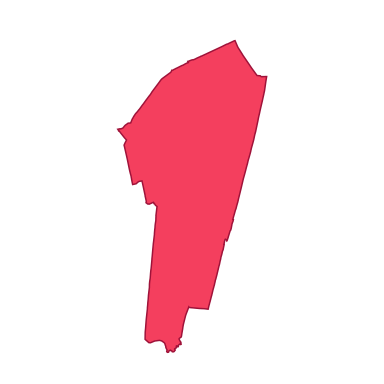 the district of Marsa, Giurgiu, Romania, rotated 136°
{"feature_id": "2599482B58006673270206", "entity_name": "Marsa", "entity_type": "district", "adm_level": 2, "iso_a3": "ROU", "parent_name": "Romania", "parent_adm1": "Giurgiu", "projection": "natural_earth1", "projection_center": [25.561, 44.365], "detail": "fine", "context": "isolated", "style": "filled", "palette": "rose", "viewbox_px": 384, "rotation_deg": 136, "n_neighbors": 0, "source": "geoboundaries", "source_scale": "gbopen_adm2", "svg_char_len": 5823}
<svg xmlns="http://www.w3.org/2000/svg" viewBox="0 0 384 384"><g transform="rotate(136 192 192)"><path d="M201.8,288.7L201.9,287.9L202.2,287.3L202.4,286.8L202.3,286.6L202.0,286.5L202.3,284.0L202.9,277.8L203.0,274.9L206.1,273.8L208.3,272.9L209.3,271.2L213.4,264.4L215.9,260.3L221.5,251.5L223.5,248.1L224.7,245.9L226.2,243.7L226.9,242.7L229.1,239.3L229.5,238.6L226.4,236.7L225.8,236.7L224.2,236.7L222.8,236.4L221.4,235.5L220.3,234.7L223.3,229.8L225.8,225.8L226.3,225.0L226.3,224.9L226.5,224.7L226.8,224.2L227.3,223.4L227.9,222.4L228.7,221.4L228.9,221.0L229.4,220.2L229.9,219.4L230.2,218.9L230.8,217.9L231.5,216.9L232.2,216.5L232.4,216.3L232.5,216.2L232.5,215.8L232.3,215.3L232.3,215.1L232.3,214.4L232.0,213.9L231.6,213.5L231.2,213.1L231.1,212.9L228.8,212.1L227.1,211.5L226.9,211.4L226.9,211.0L227.0,210.8L227.3,210.4L227.4,210.0L227.2,209.9L227.1,209.6L227.5,207.9L227.3,206.4L227.2,205.9L227.8,205.4L229.4,204.1L231.6,202.3L234.3,200.1L234.9,199.4L236.0,198.4L237.2,197.2L238.1,196.4L239.7,195.2L240.1,194.9L241.6,193.7L243.9,191.6L244.5,191.2L247.7,188.4L248.6,187.5L251.4,185.2L254.1,183.0L255.6,181.8L258.6,179.2L260.7,177.4L265.4,173.3L267.3,171.7L267.8,171.2L274.4,165.5L276.2,164.1L278.4,162.2L279.5,161.2L282.1,158.9L284.5,157.1L286.5,155.4L289.0,152.9L295.0,148.0L297.1,146.1L298.1,145.2L300.5,143.2L302.5,141.4L304.4,139.8L305.4,138.8L311.9,133.4L313.9,131.7L320.2,126.1L323.0,123.7L328.1,118.6L327.7,113.6L326.6,112.4L322.3,110.7L318.5,107.9L317.3,106.1L316.7,103.1L316.8,101.9L317.6,100.4L317.8,99.8L318.1,99.2L318.6,98.6L318.9,98.1L319.1,97.6L319.2,97.2L319.4,96.7L319.5,96.2L319.6,95.8L319.8,95.5L320.0,95.4L320.8,95.1L321.0,94.8L321.1,94.4L321.1,94.0L321.1,93.8L320.4,93.2L320.0,93.1L319.8,93.2L319.0,93.6L318.7,93.7L318.3,93.6L317.9,93.4L317.6,93.3L317.3,93.1L317.2,92.8L317.2,92.5L317.3,92.4L317.0,92.0L316.9,91.8L317.0,91.4L317.2,91.0L317.1,90.7L316.9,90.4L316.6,90.1L316.1,89.8L315.7,89.7L315.3,89.7L314.9,89.8L314.5,89.9L314.0,89.9L313.8,90.0L313.8,90.5L313.8,90.9L313.6,91.2L313.4,91.3L313.1,91.2L312.4,91.1L312.0,90.9L311.6,90.8L311.4,90.9L310.6,91.5L310.5,91.9L310.4,92.0L310.2,92.1L309.9,92.0L309.8,91.8L309.8,91.6L309.9,91.4L310.0,91.2L310.0,90.8L309.9,90.6L309.5,90.3L309.1,90.4L308.8,90.6L308.6,90.9L308.5,91.1L307.9,91.2L307.5,91.2L307.1,91.1L306.3,91.0L306.3,90.9L306.3,90.7L306.3,90.3L306.0,90.1L305.7,90.0L305.4,90.1L305.3,90.3L305.4,90.7L305.4,91.0L305.2,91.2L304.3,91.6L304.4,92.3L304.3,92.5L303.6,94.9L303.5,95.1L303.3,95.3L303.0,95.5L302.8,95.5L302.0,95.4L300.8,95.2L300.5,95.2L300.3,95.3L300.1,95.4L299.6,95.7L297.4,97.4L296.3,98.2L294.1,99.8L292.2,101.3L290.4,102.6L289.3,103.3L283.2,107.1L282.2,107.7L281.4,108.1L274.2,111.5L274.3,111.1L273.8,110.4L273.2,109.6L272.2,108.5L267.6,103.1L264.2,99.5L261.8,96.5L258.4,98.7L257.3,99.3L256.3,100.0L255.5,100.4L253.4,101.7L252.6,102.2L250.5,103.5L249.9,103.8L244.6,107.2L242.7,108.3L241.4,109.1L240.3,109.7L239.5,110.3L238.5,110.9L238.2,111.1L236.5,112.3L235.1,113.0L234.2,113.6L232.5,114.6L231.9,115.0L231.7,115.1L230.9,115.6L229.9,116.3L229.2,116.7L228.7,117.0L228.1,117.5L227.2,117.9L226.9,118.2L225.9,118.8L224.7,119.6L223.7,120.2L222.6,120.8L222.1,121.2L221.1,121.8L220.8,122.1L219.7,122.8L218.2,123.7L216.6,124.9L216.0,125.3L215.0,125.8L214.7,126.0L213.5,126.7L211.3,128.2L210.7,128.4L210.6,128.5L209.8,128.8L207.4,130.5L205.6,131.7L205.7,131.8L205.6,132.2L205.5,132.3L205.1,132.5L204.8,132.5L203.7,133.3L203.2,133.6L203.0,133.9L202.6,134.1L201.1,134.9L200.8,134.9L200.7,134.8L200.6,134.4L200.5,134.1L200.6,133.7L200.6,133.4L200.7,133.0L200.9,132.6L200.7,132.6L198.5,133.7L191.7,137.5L190.6,137.7L188.9,138.7L186.4,140.5L185.6,141.1L184.1,141.9L183.1,142.3L181.4,143.4L181.7,143.9L181.5,144.0L179.6,145.2L178.0,146.1L176.4,147.0L173.9,148.5L173.2,148.9L172.7,149.1L172.0,149.4L169.3,151.1L166.0,153.0L163.1,154.9L153.4,161.0L151.1,162.5L145.8,165.9L141.7,168.3L139.2,169.8L135.8,171.9L132.4,173.9L129.5,175.8L128.6,176.3L127.7,176.8L124.6,178.6L122.4,179.9L121.6,180.4L120.3,181.3L118.6,182.4L114.0,185.1L111.5,186.6L106.9,189.7L104.5,191.1L95.2,197.4L92.8,199.1L91.3,200.1L88.8,201.7L86.6,203.2L81.7,206.4L79.2,208.0L78.4,208.5L75.0,210.8L73.6,211.7L72.7,212.3L71.8,212.9L71.6,213.1L69.7,214.3L68.4,215.3L62.1,220.2L58.1,223.2L62.1,226.9L62.2,228.2L64.3,230.6L63.0,239.9L62.1,245.0L60.6,253.9L60.5,254.4L60.5,254.9L60.3,255.4L59.5,259.2L58.8,262.6L58.6,263.7L58.2,265.0L57.0,268.1L55.9,271.0L56.6,271.4L62.2,273.3L63.1,273.5L63.4,273.7L63.8,273.9L64.1,274.0L64.3,274.2L64.5,274.3L69.4,275.8L79.6,279.3L81.3,279.9L90.6,283.1L91.0,283.2L91.3,283.5L92.3,283.7L93.2,284.1L95.8,285.0L96.5,285.2L97.3,285.4L97.7,285.6L98.9,286.0L99.1,286.2L100.2,287.0L101.9,287.8L103.0,288.2L103.5,288.4L104.1,288.8L104.3,288.9L104.4,288.6L104.6,288.2L104.7,287.8L104.7,287.7L104.8,287.7L105.0,287.7L105.1,287.8L105.3,288.0L105.5,288.1L108.0,288.9L109.7,289.3L110.3,289.5L110.5,289.5L111.2,289.9L112.4,290.3L116.3,291.5L118.0,292.1L118.5,292.2L120.0,292.7L120.8,292.9L121.5,293.1L121.8,293.3L122.0,293.4L122.1,293.6L122.4,293.4L122.7,293.3L123.5,293.0L124.0,292.9L124.5,292.9L125.2,293.0L134.2,294.2L135.5,294.3L136.5,294.2L137.4,294.1L138.2,293.9L151.2,291.8L152.0,291.6L152.3,291.5L153.1,291.3L154.5,291.0L156.3,290.8L159.3,290.3L160.7,290.1L166.2,289.1L167.2,289.0L172.2,288.1L173.6,288.0L175.4,287.7L177.2,287.6L178.4,287.5L179.2,287.3L181.5,286.8L183.0,286.3L184.2,286.0L185.4,285.5L186.9,284.8L187.5,284.6L187.8,284.4L188.0,284.3L188.4,284.5L189.0,284.9L189.3,285.1L189.5,285.4L189.8,285.6L190.0,285.8L190.5,286.0L191.1,286.0L191.4,286.1L191.5,286.1L191.8,286.1L192.3,286.2L193.7,286.4L195.1,286.3L195.7,286.2L196.3,286.1L196.6,286.1L197.0,286.0L197.3,286.1L197.5,286.1L197.8,286.2L198.1,286.3L198.9,286.7L199.3,286.9L200.2,287.7L200.6,288.0L200.8,288.0L201.0,288.0L201.3,288.4L201.8,288.7Z" fill="#f43f5e" stroke="#9f1239" stroke-width="1.5"/></g></svg>